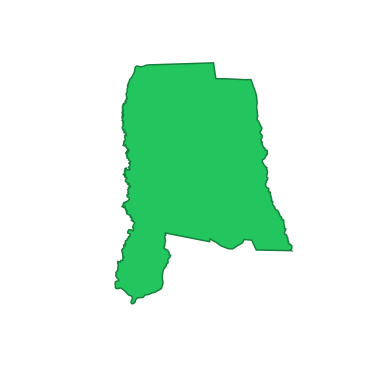 Saladas, Corrientes, Argentina (Natural Earth projection), rotated 303°
{"feature_id": "61730980B15780158540393", "entity_name": "Saladas", "entity_type": "district", "adm_level": 2, "iso_a3": "ARG", "parent_name": "Argentina", "parent_adm1": "Corrientes", "projection": "natural_earth1", "projection_center": [-58.717, -28.241], "detail": "fine", "context": "isolated", "style": "filled", "palette": "green", "viewbox_px": 384, "rotation_deg": 303, "n_neighbors": 0, "source": "geoboundaries", "source_scale": "gbopen_adm2", "svg_char_len": 6036}
<svg xmlns="http://www.w3.org/2000/svg" viewBox="0 0 384 384"><g transform="rotate(303 192 192)"><path d="M318.4,180.2L315.3,175.7L305.1,158.2L300.0,150.3L312.0,139.7L275.2,86.7L273.3,84.4L271.1,83.0L269.8,81.6L268.7,80.1L267.9,77.6L267.3,76.9L265.9,76.4L260.7,78.5L255.4,78.9L252.6,78.6L250.5,79.0L250.0,79.4L248.2,79.4L247.9,79.9L246.9,79.8L246.7,80.3L245.7,80.1L244.7,81.2L243.0,81.6L240.1,83.4L239.0,83.1L238.0,83.6L235.5,86.0L235.6,86.7L234.9,86.8L234.6,86.2L234.0,86.2L233.7,86.8L231.9,86.5L231.8,87.3L231.2,87.4L231.2,86.9L230.4,87.4L230.6,87.9L229.5,87.6L229.1,87.3L229.2,86.6L228.6,86.4L228.2,86.6L228.4,87.1L228.0,87.5L227.6,87.4L227.1,86.8L226.4,87.6L225.3,87.2L224.9,87.9L222.7,89.2L222.4,89.7L222.9,89.9L222.5,90.3L221.4,90.2L220.9,89.8L220.5,90.2L220.6,90.9L219.8,90.8L219.4,91.2L219.7,91.8L219.0,91.8L219.2,92.3L218.5,92.1L218.2,92.5L218.4,93.0L217.6,93.3L217.2,92.3L216.3,92.9L216.2,93.5L215.6,93.5L214.8,94.5L214.0,94.4L214.0,95.1L213.5,95.4L213.9,95.8L213.1,96.8L212.0,96.5L211.4,97.6L210.9,97.9L210.5,97.7L210.3,98.2L208.4,98.2L207.5,98.7L206.9,99.6L206.8,100.6L206.4,100.6L206.3,101.2L207.1,101.6L206.5,101.9L206.4,102.4L205.1,102.2L204.9,102.6L205.5,104.0L204.9,104.2L205.1,104.9L204.6,105.7L203.7,106.2L203.4,105.1L202.5,105.0L202.2,105.6L200.8,106.0L200.4,107.1L199.6,107.7L197.9,107.3L197.4,108.0L196.4,107.6L194.7,108.9L193.7,108.7L193.7,110.0L194.4,110.6L194.8,110.3L195.2,110.5L195.3,111.2L193.4,112.5L193.1,115.3L192.6,115.3L192.4,115.7L192.7,116.3L192.5,116.8L191.5,116.8L191.1,116.4L191.9,115.6L191.6,115.1L190.2,115.3L190.0,116.3L189.5,115.3L188.8,115.1L188.3,115.5L188.3,117.0L186.8,117.4L186.6,117.8L186.9,118.0L186.3,118.8L185.1,118.9L185.5,120.1L185.1,121.1L184.3,121.4L184.5,121.8L184.1,123.9L183.2,123.6L182.8,124.1L182.2,123.2L181.8,123.3L181.1,125.5L178.9,125.9L178.9,125.4L178.0,125.4L177.3,127.6L176.4,127.3L175.3,125.0L175.3,124.4L176.2,123.9L175.5,123.2L174.9,123.0L174.2,123.9L174.7,124.2L174.9,124.8L173.7,124.6L173.7,124.2L173.1,123.9L172.5,124.1L171.8,125.4L170.7,125.4L170.4,125.8L170.1,125.5L170.3,125.0L169.4,124.8L169.1,126.1L170.1,126.5L169.0,127.9L168.7,127.9L168.4,127.3L167.9,127.8L168.5,129.5L168.1,129.8L166.2,129.6L164.6,130.5L164.8,132.0L164.3,132.4L164.3,133.0L164.8,134.2L163.3,134.1L163.4,135.3L163.7,135.8L163.3,136.3L163.4,137.1L163.0,137.2L161.7,136.3L161.1,136.2L160.9,136.7L161.1,137.2L159.0,136.7L158.4,137.8L156.7,138.5L156.3,139.0L156.4,139.7L155.9,139.9L154.5,139.2L154.4,139.7L153.1,139.6L152.8,140.8L153.0,142.2L151.9,143.3L151.5,143.5L150.4,143.0L149.8,143.2L147.7,141.8L147.3,142.2L146.6,141.2L145.9,141.4L145.9,140.7L145.5,140.6L143.7,141.2L143.5,142.2L142.7,141.4L141.6,141.3L141.6,141.8L142.5,142.7L141.9,143.1L142.3,143.5L142.3,144.1L142.7,144.2L141.8,144.7L141.1,145.7L141.5,146.7L141.1,147.2L140.6,146.8L139.8,147.6L140.2,148.0L139.9,148.6L139.3,148.4L138.3,149.1L138.3,150.9L138.9,153.0L138.5,153.5L138.4,154.3L137.9,154.4L137.6,153.8L137.1,154.2L137.6,155.7L137.5,156.2L135.3,156.4L135.2,157.6L135.7,157.5L135.9,158.0L135.2,159.2L135.3,160.4L133.6,160.9L131.7,160.9L130.2,161.4L130.4,161.9L130.2,162.4L129.4,162.6L129.5,163.1L127.8,163.7L127.0,163.6L127.0,162.5L127.3,162.2L126.2,159.7L123.8,159.7L122.7,160.3L122.9,163.0L121.3,164.1L120.4,163.2L119.9,163.2L119.7,163.8L119.3,163.8L117.6,163.2L116.8,163.8L115.0,162.8L114.4,162.9L114.2,163.5L112.3,163.8L112.2,165.0L111.7,164.6L110.7,165.1L110.7,164.2L110.2,163.5L109.0,164.8L108.0,165.2L106.8,164.8L105.1,164.7L103.1,166.5L103.0,167.2L101.4,168.0L100.6,169.1L100.2,169.1L99.9,169.6L100.1,170.3L99.3,170.4L98.9,170.1L97.0,171.3L96.1,169.7L94.6,169.5L94.4,170.1L93.9,170.0L93.4,167.6L92.8,167.7L91.5,168.7L90.6,170.1L88.8,170.7L86.9,171.9L85.9,172.2L82.9,172.1L81.8,173.2L80.3,173.5L79.0,176.1L78.6,178.1L77.8,178.9L77.3,178.7L76.0,177.1L75.1,176.7L73.2,177.4L71.6,179.0L70.1,179.7L69.7,180.6L70.7,182.7L72.4,184.0L72.7,184.7L72.5,189.4L71.1,194.7L71.7,197.8L71.5,198.7L69.8,200.2L67.6,200.4L66.1,201.0L65.6,202.1L66.0,203.3L67.5,204.0L69.3,204.1L70.6,203.4L73.0,203.8L75.1,205.7L75.8,207.1L77.4,208.5L80.0,208.7L82.6,211.6L85.9,213.6L87.5,215.4L94.3,218.9L99.9,217.3L103.5,214.1L105.7,212.8L108.7,211.2L111.5,210.3L115.0,210.7L118.9,209.9L119.7,210.5L122.1,208.6L123.6,208.6L125.4,209.1L125.9,208.8L126.9,208.8L127.3,208.0L127.0,207.6L127.2,206.9L128.4,206.1L129.9,203.4L129.6,200.8L129.8,198.9L131.2,198.4L131.8,198.6L131.9,198.0L132.5,197.7L133.3,197.8L134.9,196.9L136.1,196.7L137.3,195.9L137.9,195.0L138.4,194.9L138.6,194.2L140.5,193.1L141.6,193.5L142.4,192.1L143.1,192.0L159.9,233.8L162.4,232.6L162.9,239.2L162.6,245.4L164.1,253.0L166.4,257.1L172.0,259.5L176.9,262.1L180.6,261.6L184.1,268.4L178.4,277.5L197.1,307.6L197.5,306.4L199.6,306.3L201.4,304.7L201.3,303.5L201.8,303.1L201.4,302.0L201.5,300.7L202.9,300.2L203.3,299.2L205.9,297.0L206.3,295.8L207.3,294.9L207.5,294.2L207.0,293.7L207.7,292.6L208.0,291.6L211.6,291.1L212.2,290.6L211.9,289.4L212.2,289.0L213.3,288.5L214.9,286.7L218.2,284.4L218.4,283.1L217.9,282.5L219.7,280.6L219.8,279.0L221.4,276.9L221.5,275.8L222.1,275.9L223.0,274.3L223.2,273.7L222.8,272.6L222.9,271.4L223.5,270.2L224.5,269.5L225.1,267.0L226.0,265.8L227.9,265.1L228.1,264.6L227.5,263.5L227.9,263.1L229.6,262.7L230.8,260.9L231.6,260.6L232.7,258.8L233.5,258.5L233.6,257.9L234.5,257.8L234.0,255.9L234.6,255.3L235.4,255.4L236.6,254.6L236.8,254.1L236.4,252.2L237.6,249.9L238.5,249.7L239.4,248.8L240.9,249.2L241.9,248.5L244.3,248.4L245.2,247.8L245.1,246.6L245.8,246.0L249.9,244.5L251.0,243.5L251.1,242.6L253.2,241.5L253.4,238.7L255.7,234.5L256.9,233.8L257.9,233.8L258.4,234.3L260.2,234.6L262.9,234.3L264.0,234.3L264.3,234.7L265.1,234.6L265.5,233.8L267.5,232.9L267.9,232.1L267.0,230.7L267.2,230.3L268.5,229.2L268.5,228.6L268.1,228.2L268.8,226.9L271.0,224.1L272.0,223.9L272.3,223.3L271.9,222.8L272.2,222.4L274.1,221.1L275.4,221.2L277.3,220.4L278.2,218.7L278.0,218.0L279.4,216.2L281.5,216.5L283.7,215.8L285.1,213.0L287.6,209.3L288.1,207.1L289.9,206.1L291.1,206.0L298.9,199.6L302.1,198.2L307.9,193.6L310.2,191.0L318.4,180.2Z" fill="#22c55e" stroke="#15803d" stroke-width="1.5"/></g></svg>